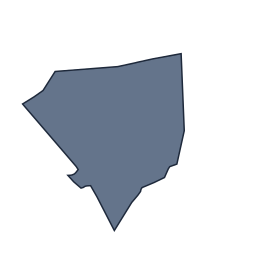 Jaguaruana, Ceará, Brazil, rotated 242°
{"feature_id": "56859067B92650873269192", "entity_name": "Jaguaruana", "entity_type": "district", "adm_level": 2, "iso_a3": "BRA", "parent_name": "Brazil", "parent_adm1": "Ceará", "projection": "albers", "projection_center": [-37.778, -4.886], "detail": "fine", "context": "isolated", "style": "filled", "palette": "slate", "viewbox_px": 256, "rotation_deg": 242, "n_neighbors": 0, "source": "geoboundaries", "source_scale": "gbopen_adm2", "svg_char_len": 629}
<svg xmlns="http://www.w3.org/2000/svg" viewBox="0 0 256 256"><g transform="rotate(242 128 128)"><path d="M198.7,46.2L194.5,47.1L152.2,56.6L118.3,64.2L114.7,64.5L113.9,62.7L113.1,60.9L112.6,59.1L112.8,56.5L113.4,54.8L114.4,52.7L106.0,54.8L97.0,58.3L96.5,60.7L96.7,62.7L96.2,64.5L95.4,66.3L94.6,67.9L81.9,68.3L43.9,67.8L60.5,96.3L64.0,105.1L66.1,109.3L67.7,110.6L68.8,112.4L68.3,117.8L67.6,125.6L67.2,137.0L73.0,144.4L74.3,146.7L73.2,154.2L99.2,176.4L168.7,209.8L177.3,182.6L181.7,166.9L182.0,165.5L187.0,147.8L210.5,93.9L212.1,90.2L201.0,70.6L199.6,59.6L198.7,46.2Z" fill="#64748b" stroke="#1e293b" stroke-width="1.5"/></g></svg>